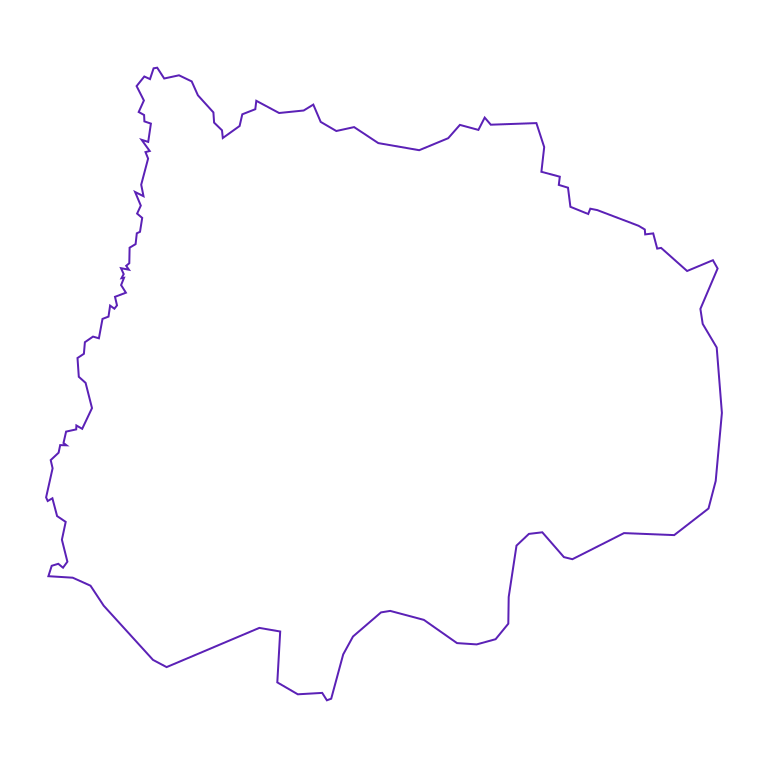 Prasat, Surin, Thailand (Equal Earth projection)
{"feature_id": "78962969B37601114893019", "entity_name": "Prasat", "entity_type": "district", "adm_level": 2, "iso_a3": "THA", "parent_name": "Thailand", "parent_adm1": "Surin", "projection": "equal_earth", "projection_center": [103.326, 14.629], "detail": "medium", "context": "isolated", "style": "outline", "palette": "violet", "viewbox_px": 768, "rotation_deg": 0, "n_neighbors": 0, "source": "geoboundaries", "source_scale": "gbopen_adm2", "svg_char_len": 1874}
<svg xmlns="http://www.w3.org/2000/svg" viewBox="0 0 768 768"><path d="M48.4,576.2L72.7,577.7L90.5,585.7L103.7,605.7L153.0,659.9L166.6,667.1L259.3,627.9L280.2,631.5L277.3,682.4L297.8,694.3L322.2,692.9L326.9,700.3L331.2,698.7L343.2,654.4L353.0,636.5L381.0,612.4L390.2,610.9L423.9,619.9L457.0,643.1L476.7,644.4L495.6,639.2L508.3,623.7L508.7,597.0L516.5,545.6L528.9,533.9L542.3,532.3L563.9,557.1L572.4,559.2L624.0,533.1L674.2,535.1L708.5,508.5L715.7,481.0L721.9,412.9L716.7,347.5L702.7,323.9L700.4,308.9L717.6,268.5L712.9,260.2L687.1,271.0L661.1,247.9L657.2,248.6L653.2,233.4L645.2,234.4L644.8,229.5L638.6,225.8L597.3,210.1L590.3,208.7L588.2,214.0L570.4,206.8L568.0,187.7L558.8,184.9L559.8,176.7L541.4,171.8L544.2,147.1L536.4,123.1L490.8,124.7L484.7,117.6L478.4,129.9L459.9,124.9L448.2,138.2L419.2,150.2L378.3,143.1L354.1,127.1L336.3,131.0L320.7,121.9L313.3,104.6L303.7,110.5L279.1,113.0L256.3,100.8L255.3,109.2L242.3,114.3L239.6,126.0L222.8,138.0L222.0,130.3L214.1,122.6L213.4,112.4L197.9,95.3L191.7,81.4L179.0,75.3L164.2,78.5L157.2,67.7L153.6,68.3L150.0,79.1L144.3,76.5L136.6,86.1L143.9,100.5L138.7,112.0L144.1,115.0L144.4,121.4L150.9,123.6L148.2,141.9L141.6,139.8L149.7,151.0L145.5,152.1L148.1,158.6L141.2,184.7L143.5,196.2L135.1,192.0L140.8,205.6L137.1,213.6L142.2,217.9L140.0,231.8L136.8,233.3L135.6,244.1L129.6,247.7L129.3,263.2L126.2,265.8L128.9,269.7L121.0,268.2L123.7,274.1L121.5,278.2L124.0,277.8L121.1,285.1L125.9,292.7L115.0,296.8L117.0,305.4L114.4,308.7L110.1,305.6L108.5,316.6L102.5,318.9L98.9,338.3L93.0,336.6L84.9,342.2L83.9,353.8L77.5,358.0L78.8,376.8L85.6,382.9L92.0,408.1L82.2,428.8L76.4,425.5L76.2,429.4L66.1,431.6L63.5,443.0L66.5,445.3L60.2,445.1L58.6,452.7L50.7,460.1L52.6,468.3L46.1,497.4L47.7,501.0L52.4,498.3L57.1,516.1L65.7,521.9L61.9,539.7L67.4,561.7L63.0,567.7L58.3,563.8L51.7,565.8L48.4,576.2Z" fill="none" stroke="#5b21b6" stroke-width="2"/></svg>